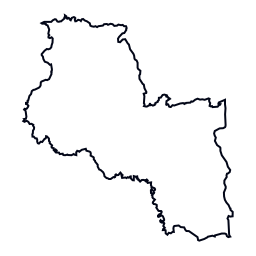 Shwebo, Sagaing, Myanmar (Natural Earth projection)
{"feature_id": "60261553B74508542584232", "entity_name": "Shwebo", "entity_type": "district", "adm_level": 2, "iso_a3": "MMR", "parent_name": "Myanmar", "parent_adm1": "Sagaing", "projection": "natural_earth1", "projection_center": [95.37, 22.738], "detail": "fine", "context": "isolated", "style": "outline", "palette": "ink", "viewbox_px": 256, "rotation_deg": 0, "n_neighbors": 0, "source": "geoboundaries", "source_scale": "gbopen_adm2", "svg_char_len": 5778}
<svg xmlns="http://www.w3.org/2000/svg" viewBox="0 0 256 256"><path d="M225.0,99.8L218.8,102.5L218.4,103.7L220.4,104.1L219.9,104.9L219.2,104.9L217.6,106.7L212.5,107.1L212.0,106.1L210.7,106.4L209.6,105.9L210.2,103.1L209.3,101.7L209.1,100.3L209.6,98.9L208.6,98.4L204.7,99.8L202.4,99.3L200.0,99.6L197.6,98.7L195.2,99.7L193.1,101.4L192.4,101.7L191.3,101.4L190.4,102.6L186.0,102.9L185.6,103.5L184.4,103.3L184.2,103.8L183.0,103.1L180.2,103.5L174.3,105.5L172.5,105.2L170.8,107.0L170.2,107.0L169.1,106.6L168.2,104.4L167.7,104.2L166.4,104.8L166.2,104.5L166.5,101.1L170.0,98.8L169.5,98.3L168.5,98.6L168.6,98.1L167.7,96.8L166.7,96.7L166.9,95.7L166.1,95.7L166.2,95.1L164.3,94.6L162.6,95.0L160.8,97.6L158.9,97.8L158.8,100.1L157.8,101.0L157.8,101.8L155.4,103.0L155.4,103.9L154.6,104.4L154.6,105.0L152.9,105.6L151.5,104.9L150.4,105.2L150.1,103.9L149.8,103.9L149.6,104.9L147.3,106.4L146.2,106.6L144.0,106.1L144.5,105.2L144.5,104.2L143.9,103.3L144.4,96.2L143.7,93.7L146.2,93.0L146.4,92.0L144.5,88.3L143.8,84.6L142.7,83.9L139.5,78.9L139.3,75.4L140.1,74.2L140.4,70.8L138.1,68.9L137.6,67.8L137.6,62.7L136.6,60.5L135.0,59.5L134.5,58.7L134.1,55.5L133.4,53.8L130.1,49.3L128.9,44.5L127.8,43.5L125.2,39.2L122.7,39.5L120.1,42.2L118.3,41.9L118.0,38.7L119.1,36.9L122.4,33.4L124.3,33.0L126.3,29.9L126.1,29.0L126.6,28.3L126.5,27.4L126.0,26.2L124.1,26.2L122.7,24.9L121.1,25.2L118.4,24.6L117.1,25.6L114.3,25.9L112.6,24.2L110.5,23.8L108.0,24.8L106.9,24.0L104.1,24.2L102.9,25.6L98.4,26.2L97.1,27.1L95.5,26.2L93.9,26.7L91.7,26.3L90.4,25.7L89.8,23.3L86.9,21.3L84.8,20.5L83.1,19.0L81.8,19.3L80.9,21.0L80.2,20.3L78.2,19.8L76.2,21.2L75.3,21.3L74.8,19.8L75.3,18.1L74.5,17.3L73.8,17.1L71.8,17.9L70.7,20.3L70.2,20.0L70.0,18.9L69.2,18.6L68.9,18.0L68.2,17.8L67.6,18.7L66.8,18.5L66.4,17.9L66.3,16.3L65.0,15.4L65.1,16.2L64.3,17.7L64.4,18.5L61.0,21.4L60.1,21.3L58.9,21.8L57.4,21.5L55.9,19.4L54.9,19.2L52.8,20.3L51.2,21.9L44.2,21.9L41.5,23.2L42.2,23.7L43.8,23.6L46.0,24.1L46.1,24.8L47.6,25.4L49.2,29.5L48.3,33.8L49.3,35.1L48.5,36.1L48.5,37.5L49.9,38.1L51.6,37.3L52.7,38.5L52.5,42.7L51.6,45.3L51.3,47.2L50.2,48.6L48.4,49.3L46.8,49.0L44.6,50.7L41.7,54.1L41.7,55.1L42.9,56.6L43.4,59.1L44.8,61.7L47.7,62.7L49.9,64.8L51.1,64.4L51.9,69.1L51.9,70.3L51.3,71.4L51.7,72.0L51.3,72.5L51.5,74.0L49.1,79.1L47.2,80.1L45.7,79.8L41.4,81.6L40.8,82.4L40.6,85.4L40.0,86.6L38.9,87.7L34.7,89.7L33.4,89.9L31.8,91.1L31.1,94.0L29.4,96.0L28.2,100.5L27.6,100.7L27.7,102.4L26.0,102.8L26.0,104.0L27.3,104.4L28.4,105.8L28.0,106.9L26.8,108.6L26.0,109.0L24.6,108.8L24.1,109.6L25.3,110.4L25.7,111.6L26.4,116.7L25.9,118.7L24.3,119.0L24.6,119.3L24.4,119.8L23.3,121.1L24.5,121.8L26.4,120.9L27.2,121.1L28.4,121.9L29.6,124.0L31.5,123.8L33.3,124.8L33.0,125.6L34.1,127.3L34.0,129.0L33.0,130.6L32.8,133.5L32.3,134.2L32.5,136.6L33.7,136.6L35.3,138.4L36.7,138.4L37.2,139.6L37.2,141.7L37.8,143.2L38.9,143.6L40.7,141.7L42.2,142.0L44.6,138.8L45.4,138.6L46.0,137.8L46.1,136.2L46.9,136.4L48.9,138.5L49.0,141.0L49.8,141.8L49.7,143.2L52.1,145.4L51.5,146.9L51.8,147.6L53.7,148.2L53.6,150.0L53.9,150.3L55.5,149.4L56.7,150.5L56.4,151.0L55.1,151.0L55.0,151.5L55.9,152.5L59.0,152.6L59.7,154.1L62.7,153.7L63.1,154.8L63.7,155.1L65.2,155.2L67.5,154.6L67.9,155.0L71.5,155.2L73.7,154.0L74.3,154.6L76.3,155.1L76.2,152.3L77.2,150.9L77.6,151.2L78.8,151.1L79.3,151.7L81.8,149.8L85.8,148.8L86.4,150.7L89.6,151.6L90.5,152.3L90.8,153.6L90.6,155.6L93.5,157.2L93.8,157.7L93.8,159.5L95.0,160.7L95.2,161.7L97.7,164.8L97.7,166.6L99.2,169.5L100.6,170.0L103.2,172.3L104.1,174.2L104.5,176.3L106.6,178.1L107.6,178.2L108.9,179.0L110.7,179.0L113.4,177.1L114.3,177.0L114.5,177.3L115.1,177.0L115.4,174.8L116.0,174.4L116.7,175.2L118.4,175.0L120.4,172.6L121.0,173.3L121.3,174.3L121.7,174.3L121.8,174.9L122.5,175.1L122.4,175.6L121.6,175.9L122.1,177.9L125.5,177.5L126.5,178.1L127.7,177.2L128.8,177.7L130.3,176.4L130.8,176.4L130.8,178.3L132.6,180.2L133.8,180.3L133.8,176.1L135.8,176.7L137.2,176.4L137.3,177.2L136.8,177.7L137.7,178.1L137.9,178.6L137.5,178.9L138.5,179.4L138.4,179.9L139.3,180.2L139.6,181.2L140.1,181.6L141.8,180.0L143.3,179.9L144.5,180.2L146.0,180.0L145.7,181.3L146.5,181.7L146.7,181.4L146.3,180.2L146.8,179.6L147.7,180.5L147.3,181.2L147.7,182.9L151.1,182.4L150.9,185.2L151.5,186.2L151.4,187.0L154.5,188.2L155.1,189.2L154.9,190.0L153.7,190.8L152.9,190.6L151.5,189.1L150.9,190.2L151.0,193.0L152.8,193.6L153.7,192.5L154.1,192.6L153.9,193.3L151.9,195.1L152.5,195.8L152.4,197.2L152.9,198.1L154.9,199.6L153.1,201.8L152.8,202.9L153.7,204.0L155.4,204.2L156.7,204.9L156.8,206.7L156.3,207.6L158.5,210.9L161.3,211.1L161.7,211.9L161.3,213.0L160.3,214.0L159.4,214.2L158.0,215.6L158.0,216.6L158.7,216.9L161.6,215.4L162.9,216.3L164.1,219.2L164.1,220.2L163.2,221.3L162.2,220.8L161.2,220.9L160.6,220.2L160.1,220.9L160.5,221.9L161.7,222.6L163.8,222.7L164.3,223.4L163.3,226.0L164.8,227.8L163.2,229.0L162.9,230.1L165.0,230.0L165.6,230.3L165.7,233.4L167.4,234.7L168.8,232.8L170.8,233.3L172.7,231.8L173.8,231.9L173.4,228.5L173.7,226.8L174.3,226.0L178.7,225.5L180.8,227.1L184.2,227.4L185.3,229.8L186.4,231.0L188.9,231.1L197.5,237.1L198.1,240.1L199.3,240.6L204.2,239.0L207.4,237.3L207.9,236.7L212.5,235.7L214.8,236.5L215.0,235.4L221.9,233.5L224.8,233.5L226.3,234.2L226.9,236.1L228.3,237.1L230.2,236.6L229.3,235.3L229.1,234.2L228.4,220.1L227.5,218.5L228.6,216.0L230.2,216.6L232.6,216.3L232.7,211.9L230.5,209.9L230.5,208.6L230.1,208.5L228.6,205.1L226.4,202.5L224.9,199.8L224.1,196.5L223.9,192.5L225.7,188.1L225.7,186.6L224.3,183.4L224.4,180.5L226.7,177.0L226.5,175.3L227.0,173.7L227.9,173.5L229.7,172.1L230.2,170.0L227.9,166.8L226.5,162.0L221.8,155.3L220.4,150.9L220.4,147.9L220.1,147.3L217.1,145.1L214.9,140.9L215.8,137.6L214.7,135.6L214.1,133.4L214.8,131.0L219.6,128.4L223.1,128.2L225.0,127.2L225.4,126.5L225.6,125.1L225.1,114.3L225.5,108.2L225.0,104.3L225.0,99.8Z" fill="none" stroke="#020617" stroke-width="2"/></svg>